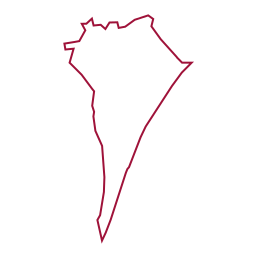 the district of New Hanover, North Carolina, United States of America
{"feature_id": "52423323B24644642941407", "entity_name": "New Hanover", "entity_type": "district", "adm_level": 2, "iso_a3": "USA", "parent_name": "United States of America", "parent_adm1": "North Carolina", "projection": "mercator", "projection_center": [-77.907, 34.159], "detail": "fine", "context": "isolated", "style": "outline", "palette": "rose", "viewbox_px": 256, "rotation_deg": 0, "n_neighbors": 0, "source": "geoboundaries", "source_scale": "gbopen_adm2", "svg_char_len": 684}
<svg xmlns="http://www.w3.org/2000/svg" viewBox="0 0 256 256"><path d="M64.4,43.6L65.4,49.5L73.6,48.7L69.6,62.7L81.6,74.7L92.1,88.8L94.1,91.3L92.2,105.8L94.1,111.8L93.4,116.4L95.4,130.9L102.1,145.9L104.4,177.2L103.9,192.0L100.1,215.2L97.4,220.0L102.0,240.6L105.7,232.7L110.7,219.7L125.9,172.7L127.4,169.0L129.0,167.2L140.6,137.2L145.7,126.5L171.9,86.1L172.1,85.8L181.8,72.6L191.6,62.7L182.1,62.7L177.0,57.5L176.8,57.1L160.7,39.2L151.4,26.3L153.2,19.0L148.2,15.4L134.7,19.8L125.2,26.7L118.7,27.9L117.3,22.3L109.5,22.5L105.4,29.0L100.7,24.8L93.6,25.5L91.9,18.6L86.4,23.7L81.8,23.8L85.3,30.3L79.3,41.1L75.4,41.8L75.0,41.9L64.4,43.6Z" fill="none" stroke="#9f1239" stroke-width="2"/></svg>